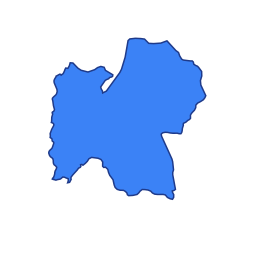 SVG path tracing the border of Mbeya, rotated 69°
{"feature_id": "TZA-3335", "entity_name": "Mbeya", "entity_type": "Region", "adm_level": 1, "iso_a3": "TZA", "parent_name": "United Republic of Tanzania", "parent_adm1": "", "projection": "natural_earth1", "projection_center": [33.421, -8.292], "detail": "fine", "context": "isolated", "style": "filled", "palette": "blue", "viewbox_px": 256, "rotation_deg": 69, "n_neighbors": 0, "source": "natural_earth", "source_scale": "10m", "svg_char_len": 2905}
<svg xmlns="http://www.w3.org/2000/svg" viewBox="0 0 256 256"><g transform="rotate(69 128 128)"><path d="M157.5,204.0L155.9,202.7L154.0,202.0L153.1,202.9L152.5,203.7L151.2,204.9L150.4,206.5L151.4,209.3L151.3,210.4L150.9,212.3L150.9,213.4L150.7,214.2L150.3,214.8L149.5,215.4L149.5,215.9L148.6,217.0L148.0,216.5L147.4,215.2L146.1,214.0L144.6,212.9L143.3,212.3L141.9,211.3L140.6,209.7L139.1,208.6L137.4,209.2L135.9,210.1L134.6,210.3L133.1,210.0L131.5,209.4L129.7,209.2L128.4,209.8L127.1,210.7L125.4,211.1L123.2,211.0L122.2,210.6L121.4,209.9L120.7,208.7L119.8,206.4L118.8,205.4L115.8,202.9L114.8,202.5L114.3,202.6L113.5,203.2L113.0,203.4L112.4,203.3L111.3,203.0L110.5,203.0L110.2,203.2L109.4,203.9L108.9,204.1L108.7,203.9L107.2,203.2L105.7,202.8L105.2,202.6L101.9,199.7L99.2,196.6L98.3,196.0L97.3,196.0L96.2,196.6L95.4,197.6L94.6,197.0L90.6,195.3L88.1,193.4L87.7,193.3L86.7,193.4L86.4,193.2L86.0,192.8L85.9,191.8L85.7,191.3L84.9,190.4L84.3,190.0L80.4,189.6L75.8,188.5L73.8,188.3L73.0,187.7L72.3,186.3L71.2,183.5L70.6,182.6L68.7,181.1L66.5,180.5L59.5,180.7L58.4,180.5L57.3,180.1L56.2,179.2L54.3,176.8L53.8,176.5L53.8,176.1L53.3,172.4L53.8,171.7L54.7,171.5L54.0,169.0L51.9,166.8L50.7,165.8L49.7,164.6L50.8,162.8L48.9,160.5L46.4,158.6L47.6,156.1L54.2,153.3L57.3,151.1L61.4,145.3L61.6,138.2L60.7,134.8L60.8,131.3L62.8,128.5L66.1,128.4L72.9,123.1L74.3,123.9L74.5,125.1L74.3,127.0L75.1,128.5L75.1,130.4L75.4,132.2L79.9,138.8L82.1,139.0L84.2,138.6L86.2,139.1L85.8,135.0L73.4,115.9L70.8,113.0L60.9,105.3L46.4,96.6L45.5,94.4L46.9,89.0L49.1,84.0L50.9,80.7L56.4,78.3L58.4,73.8L60.5,67.0L60.6,60.4L72.8,55.6L75.6,53.8L79.3,53.9L83.0,53.2L84.4,52.0L87.8,45.6L88.4,44.0L89.8,43.4L92.1,43.7L94.0,42.3L95.2,41.0L96.9,40.3L101.6,39.0L105.9,40.5L109.7,43.4L114.0,44.6L125.7,43.8L127.3,45.4L128.6,47.4L129.3,50.7L129.7,54.1L131.0,56.5L133.3,57.5L135.2,59.6L136.5,62.4L137.3,63.8L138.4,65.1L141.4,66.2L142.1,67.6L142.3,69.3L143.3,71.9L143.5,74.5L144.3,75.1L145.4,75.4L147.6,77.2L150.1,78.5L151.5,79.5L152.3,80.7L151.6,82.4L150.5,83.9L149.0,87.9L147.8,90.3L146.3,92.6L145.3,94.9L144.9,97.4L145.6,99.2L147.7,99.6L172.7,98.1L175.5,98.4L183.4,100.5L185.4,102.1L187.7,103.0L202.3,105.7L202.8,107.6L202.6,109.2L204.0,109.5L206.6,109.2L209.1,110.2L210.5,112.0L209.2,114.0L206.9,116.1L203.9,117.1L202.6,119.0L200.7,124.1L199.3,126.8L197.4,128.5L195.1,129.4L193.1,131.5L191.6,134.2L190.5,136.8L191.3,139.4L192.5,141.3L193.3,143.4L192.7,147.5L191.4,151.6L190.1,152.5L188.4,152.3L186.4,153.1L184.6,154.5L183.2,157.8L181.4,160.1L178.9,161.3L176.1,161.3L170.9,160.5L165.6,162.0L162.5,162.1L159.3,161.7L156.6,163.0L156.1,164.8L154.6,165.4L150.6,163.8L147.7,164.5L145.5,166.8L142.4,172.5L142.7,175.5L144.5,177.9L145.7,180.5L146.6,183.4L145.5,184.1L145.2,185.4L147.0,185.8L147.6,186.6L147.8,188.6L149.0,190.4L151.9,196.2L153.5,198.8L154.5,199.3L155.6,199.5L157.8,202.0L157.5,204.0Z" fill="#3b82f6" stroke="#1e3a8a" stroke-width="1.5"/></g></svg>